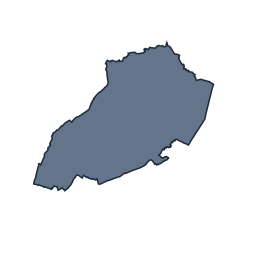 Nakhon Chai Si, Nakhon Pathom, Thailand (Robinson projection), rotated 28°
{"feature_id": "78962969B40906880836111", "entity_name": "Nakhon Chai Si", "entity_type": "district", "adm_level": 2, "iso_a3": "THA", "parent_name": "Thailand", "parent_adm1": "Nakhon Pathom", "projection": "robinson", "projection_center": [100.173, 13.814], "detail": "fine", "context": "isolated", "style": "filled", "palette": "slate", "viewbox_px": 256, "rotation_deg": 28, "n_neighbors": 0, "source": "geoboundaries", "source_scale": "gbopen_adm2", "svg_char_len": 5608}
<svg xmlns="http://www.w3.org/2000/svg" viewBox="0 0 256 256"><g transform="rotate(28 128 128)"><path d="M122.2,34.3L122.3,34.9L122.7,36.3L122.6,36.7L122.9,37.2L123.0,37.6L123.0,38.1L122.8,38.6L121.7,39.6L120.9,39.4L120.2,39.0L119.8,39.0L119.3,39.7L118.5,40.2L117.7,40.6L117.1,40.6L116.0,41.0L115.6,41.5L115.1,42.4L114.8,43.8L114.9,44.7L114.8,44.8L114.6,44.9L114.2,44.9L113.7,45.0L112.6,45.6L112.4,45.6L112.0,45.7L111.4,46.1L111.0,46.1L110.8,46.3L109.4,46.5L109.5,47.4L109.2,47.5L109.3,49.3L107.2,49.3L107.2,49.8L106.7,50.4L105.8,49.9L105.5,50.3L105.3,51.1L106.3,51.4L106.4,51.6L106.1,52.0L106.4,52.4L107.1,52.5L107.3,53.0L106.9,53.4L106.3,54.2L104.5,55.9L102.1,57.6L101.3,58.0L99.5,58.3L99.2,58.3L98.7,57.9L98.3,58.0L96.9,59.0L95.6,59.8L95.1,60.3L94.1,61.1L93.5,61.6L93.0,61.9L93.2,62.1L94.2,62.6L94.4,62.9L94.5,63.2L93.8,63.6L93.7,63.8L93.7,64.8L93.5,65.4L93.3,65.7L93.0,65.8L93.0,66.1L93.4,66.6L93.2,66.8L91.7,67.4L91.2,67.9L91.2,68.1L91.6,68.5L91.3,69.7L91.6,70.3L91.6,71.1L91.8,71.6L90.3,72.4L89.5,73.1L89.0,72.7L88.5,72.1L88.3,72.1L87.4,74.5L87.2,74.6L86.8,74.4L86.7,74.4L86.3,75.0L86.0,75.1L84.1,75.5L82.5,75.6L82.1,76.4L81.4,76.5L81.5,77.6L81.4,77.8L78.0,78.0L78.0,78.3L77.9,78.9L77.8,80.3L78.0,81.8L78.9,81.7L79.1,81.7L79.4,82.0L80.4,83.7L80.5,84.4L80.6,85.9L80.8,86.5L81.7,87.4L82.6,87.9L82.9,88.2L83.8,89.6L84.6,91.1L85.9,92.9L86.7,94.0L88.1,95.7L88.7,96.5L89.4,97.9L89.6,99.9L89.2,101.6L88.8,102.6L88.4,103.4L88.1,105.4L87.6,106.3L87.6,106.6L87.4,106.7L87.1,107.6L86.9,109.0L85.8,109.9L85.1,112.4L84.4,115.3L84.4,115.6L84.2,116.4L84.2,117.3L83.8,117.8L84.4,118.4L84.1,119.3L84.0,120.4L83.8,121.1L84.0,121.7L84.5,122.3L84.4,122.6L83.9,123.2L84.7,128.2L84.8,130.4L84.0,131.3L83.6,132.6L82.3,134.9L80.9,137.6L80.6,138.4L79.6,140.0L79.4,140.7L78.5,141.4L77.7,142.4L77.3,143.1L76.9,143.9L76.5,144.9L76.4,145.5L76.0,146.5L76.0,147.1L75.8,147.5L75.7,148.2L75.7,149.4L75.4,149.4L72.9,148.5L71.6,150.4L69.8,153.8L69.0,157.4L68.9,157.5L68.2,157.4L67.6,160.8L67.1,162.5L67.0,162.8L66.0,163.3L66.1,163.8L65.8,164.5L65.5,165.8L65.2,166.2L64.9,166.5L64.4,167.5L64.5,167.5L64.6,168.8L64.8,169.7L64.4,170.5L64.4,170.8L64.5,171.1L64.8,171.4L65.7,172.1L65.9,173.1L66.2,173.9L66.1,175.3L66.3,178.4L67.0,178.8L67.0,179.0L67.0,179.7L67.2,179.8L67.6,179.8L67.7,180.2L67.7,180.4L67.4,180.8L67.2,181.4L66.6,182.5L66.7,182.9L66.9,183.8L67.3,183.9L67.5,185.9L67.4,186.3L66.9,187.9L66.6,188.4L66.6,188.7L66.7,191.0L67.8,193.0L67.6,194.3L68.3,201.4L67.8,201.1L66.7,200.9L66.4,201.0L66.0,201.6L66.3,202.0L66.4,202.6L67.0,204.2L67.1,205.3L67.5,206.7L67.8,208.4L68.2,209.5L69.0,212.9L69.8,215.6L69.9,216.8L69.9,217.7L70.1,218.3L70.2,219.4L71.1,221.7L72.5,221.3L72.7,221.1L75.7,220.7L75.7,220.3L77.1,219.9L78.9,219.7L82.0,219.5L82.0,219.0L83.6,218.9L87.8,218.2L89.0,218.2L88.9,216.9L89.7,217.0L89.7,216.4L89.9,214.0L90.0,213.9L91.1,213.8L92.2,213.6L92.6,213.5L92.8,213.2L93.6,213.7L93.8,214.1L95.5,215.8L97.7,212.3L98.0,211.7L98.9,212.2L100.6,212.6L101.7,213.1L102.0,212.3L102.3,211.4L103.0,210.0L103.4,209.5L103.4,209.0L103.4,208.6L103.3,208.1L103.5,207.7L103.7,206.8L103.8,206.1L104.1,205.5L104.1,205.2L104.3,204.8L104.1,204.2L104.0,203.4L104.2,203.1L104.3,202.8L104.0,199.1L104.4,196.7L104.6,196.5L104.5,195.6L104.9,193.4L106.1,193.2L107.2,193.1L111.0,193.7L111.0,190.7L114.0,191.0L114.9,191.0L115.0,190.3L116.3,190.3L116.5,190.7L119.1,190.4L119.1,190.1L121.1,189.8L121.1,189.1L123.8,189.1L123.8,188.5L124.5,188.4L124.4,187.6L124.7,187.5L127.2,190.3L128.4,191.3L128.7,191.3L129.0,191.1L129.9,190.5L130.2,190.1L132.3,187.3L134.8,184.0L136.3,182.7L137.1,181.7L140.8,177.5L142.7,175.7L143.5,174.7L144.1,173.9L145.2,171.5L145.7,169.9L146.5,169.6L146.7,169.0L147.3,169.1L151.7,163.7L157.1,157.8L159.9,153.9L160.2,153.2L161.0,151.2L161.0,150.9L160.9,150.1L161.2,149.4L162.1,146.6L162.4,146.2L162.8,145.7L163.1,145.5L163.6,145.4L164.2,145.4L165.0,145.6L166.3,146.1L168.7,147.5L169.3,146.7L170.5,147.2L171.4,145.9L171.8,146.1L173.3,144.3L175.1,140.6L175.7,140.1L175.7,139.4L177.1,138.3L178.0,135.6L177.9,135.4L177.5,135.3L175.2,135.1L174.7,135.7L173.9,136.4L173.6,136.8L173.0,137.9L172.2,138.1L171.9,138.2L171.6,138.1L171.2,138.6L170.6,138.3L170.7,138.1L170.0,137.8L168.1,137.6L168.6,135.7L168.8,134.5L168.6,132.8L168.6,131.0L168.6,130.5L169.3,130.5L170.2,130.3L170.0,128.8L169.6,128.7L169.7,127.7L170.6,127.8L171.0,127.8L171.2,126.3L172.2,126.1L172.4,126.3L173.3,126.1L173.3,125.3L174.5,125.0L174.3,123.0L173.1,122.8L173.2,119.9L174.2,119.9L174.1,118.5L174.4,118.3L174.3,117.5L175.5,117.3L175.5,116.8L175.6,116.6L175.5,116.0L175.6,115.3L178.1,115.2L181.2,115.1L182.9,114.9L184.0,115.1L187.5,114.7L188.5,114.7L189.4,114.6L189.6,109.1L191.2,90.2L191.6,84.4L191.6,83.9L190.2,79.2L190.0,78.3L189.2,75.2L185.9,62.0L184.0,54.5L183.0,49.3L179.8,49.1L178.6,49.0L178.3,48.8L175.8,49.5L173.6,49.9L171.9,50.4L170.5,50.5L169.2,51.0L168.9,51.2L168.1,52.1L167.2,52.6L166.8,53.3L166.2,54.0L165.5,53.5L164.6,52.8L164.4,52.2L163.9,51.9L163.8,51.5L162.3,51.0L161.9,50.8L161.8,50.2L162.2,49.5L161.3,49.4L160.6,49.3L160.2,49.2L159.0,49.0L158.9,48.6L156.9,49.1L155.2,49.7L155.0,49.2L154.5,48.7L153.9,49.2L153.6,49.6L152.7,49.7L152.3,49.0L151.5,49.4L151.4,48.8L150.3,49.0L149.4,49.6L148.8,48.7L148.7,48.3L149.0,48.1L148.9,47.6L148.3,46.8L148.1,46.3L147.9,46.2L147.8,46.4L147.7,46.4L146.8,45.9L146.5,46.6L145.1,46.1L140.4,43.1L140.3,42.4L139.8,42.2L139.7,42.1L139.7,41.9L139.9,41.7L139.6,41.0L139.6,40.4L139.4,39.6L138.4,39.9L138.0,39.6L137.7,39.6L136.9,39.8L135.9,40.2L134.2,40.7L128.2,37.2L127.7,37.0L127.1,36.6L126.2,36.5L125.3,36.7L124.1,36.6L123.8,36.5L123.7,36.4L123.6,35.6L122.2,34.3Z" fill="#64748b" stroke="#1e293b" stroke-width="1.5"/></g></svg>